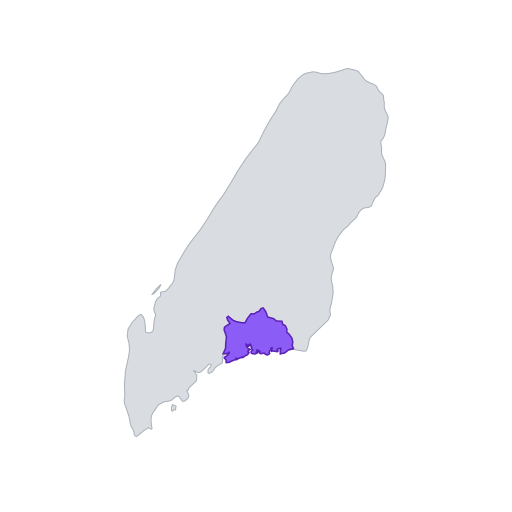 Madagascar, with Boeny highlighted, rotated 195°
{"feature_id": "MDG-5870", "entity_name": "Boeny", "entity_type": "Autonomous Province", "adm_level": 1, "iso_a3": "MDG", "parent_name": "Madagascar", "parent_adm1": "", "projection": "orthographic", "projection_center": [46.116, -16.217], "detail": "fine", "context": "in_parent", "style": "filled", "palette": "violet", "viewbox_px": 512, "rotation_deg": 195, "n_neighbors": 0, "source": "natural_earth", "source_scale": "10m", "svg_char_len": 6433}
<svg xmlns="http://www.w3.org/2000/svg" viewBox="0 0 512 512"><g transform="rotate(195 256 256)"><path d="M334.2,61.7L335.5,64.9L337.1,68.0L342.0,75.5L344.1,78.4L345.8,81.5L346.6,87.5L349.6,97.0L352.4,111.2L353.0,125.7L353.8,132.3L356.0,138.6L359.6,145.2L360.7,152.4L358.3,159.8L354.8,166.8L353.9,168.1L352.3,169.8L351.6,169.7L349.0,167.9L346.9,164.9L344.2,157.9L343.3,154.3L342.2,153.7L338.9,154.0L336.6,156.1L336.1,157.5L336.6,161.5L337.4,165.0L337.7,168.6L337.7,173.1L338.5,174.5L339.8,175.7L341.1,178.7L341.2,185.7L340.3,189.3L338.0,192.3L338.1,194.0L338.9,195.7L338.1,196.8L335.0,198.0L333.8,199.2L332.1,202.3L329.4,208.6L329.0,211.8L330.4,221.7L329.9,228.7L326.3,242.0L324.3,248.3L321.4,255.8L317.1,265.8L312.8,278.3L309.1,291.1L306.5,298.8L303.4,306.4L299.3,319.9L295.7,333.5L290.6,348.5L283.5,365.2L282.8,367.3L281.2,375.9L279.6,383.3L277.7,390.6L273.8,402.7L273.3,406.4L272.4,410.0L268.7,417.6L267.2,420.4L266.0,423.4L265.4,427.2L264.3,430.8L261.6,437.5L257.6,443.3L254.9,445.4L249.1,448.5L246.1,449.1L239.6,449.1L233.3,450.9L226.7,454.2L220.4,458.1L218.0,459.9L215.4,460.9L207.0,461.2L204.5,460.4L196.1,454.1L192.9,453.1L186.7,452.3L184.9,451.7L183.2,450.9L180.7,447.7L175.7,444.9L174.5,444.1L173.7,442.1L173.2,440.1L171.9,437.8L170.8,433.4L169.2,430.3L164.5,424.9L164.0,423.1L163.5,417.4L163.6,413.4L163.0,406.2L163.5,402.9L165.1,399.8L164.4,396.5L162.6,393.1L161.9,389.5L160.6,386.2L155.6,380.4L154.4,377.5L153.6,374.5L151.6,365.2L151.3,361.9L151.4,355.0L152.1,351.4L153.2,349.0L153.4,347.1L154.2,345.5L155.3,344.2L156.1,342.7L157.7,333.8L160.0,331.9L163.4,330.7L166.1,328.3L167.7,325.2L169.2,318.8L173.4,312.3L174.9,309.0L178.4,303.9L181.4,296.7L182.3,293.3L183.0,289.9L183.7,282.3L184.2,278.5L184.1,274.8L182.2,271.0L177.9,264.1L177.8,262.8L178.0,257.6L177.6,253.8L176.0,250.1L174.0,246.6L171.9,240.1L170.8,229.2L171.0,225.3L170.3,221.8L168.8,218.5L169.8,212.7L182.5,191.5L182.9,189.1L182.4,182.6L182.6,178.9L183.0,177.5L184.0,176.7L186.2,176.3L196.7,175.3L198.1,174.6L200.7,172.8L204.2,169.4L205.9,168.4L207.3,168.8L208.2,170.2L209.4,171.0L213.6,169.4L215.3,169.4L216.9,169.6L217.7,168.2L218.2,166.3L218.8,164.9L219.9,164.2L225.4,163.7L228.8,163.2L233.4,161.9L234.3,162.1L238.0,166.9L239.1,167.4L240.5,167.6L241.7,166.7L238.8,164.2L238.3,162.7L238.5,161.1L240.1,157.6L242.7,155.0L248.6,151.0L254.7,146.3L256.5,146.0L258.0,146.8L259.1,152.3L259.0,153.2L260.0,153.3L261.1,152.6L262.1,150.4L262.2,148.6L261.4,146.8L261.0,145.3L260.9,143.9L264.1,140.7L266.5,137.6L267.7,133.9L268.7,132.3L271.2,130.3L272.0,130.7L272.6,132.2L272.9,133.9L272.2,135.5L271.3,137.1L270.9,139.3L272.3,139.7L273.7,139.2L275.7,135.3L278.1,131.6L279.4,129.7L281.2,128.4L284.0,128.7L286.8,129.5L282.3,125.6L281.2,120.2L286.7,111.0L286.7,109.1L287.5,108.5L287.9,107.8L285.1,104.6L284.6,103.1L285.0,100.7L286.3,98.7L287.6,97.2L289.3,96.7L290.6,97.5L293.6,100.1L295.6,100.5L298.1,98.1L300.1,95.0L303.2,92.9L306.6,91.7L311.8,86.9L315.3,76.8L315.6,73.9L314.9,70.3L313.8,66.9L311.8,62.6L312.3,61.6L315.2,62.2L316.1,61.7L319.3,58.0L324.5,50.8L326.2,50.9L327.6,52.2L328.1,54.2L329.1,55.7L332.5,59.2L334.2,61.7ZM298.3,89.7L298.3,90.8L294.4,90.3L293.9,86.5L295.8,86.4L296.2,84.8L297.4,84.6L298.6,88.0L298.3,89.7ZM343.8,198.5L340.4,204.0L341.4,199.4L345.3,192.7L346.4,192.2L343.8,198.5Z" fill="#d9dde1" stroke="#a8b0b8" stroke-width="1"/><path d="M195.8,176.4L196.0,176.1L196.2,175.8L196.6,175.6L197.0,175.4L197.8,175.3L198.2,175.1L198.0,174.9L199.7,174.1L200.5,173.5L201.1,172.8L202.1,171.1L202.8,170.3L203.4,169.6L204.2,169.2L206.0,168.4L207.2,167.6L207.4,167.8L207.4,168.2L207.5,169.2L208.0,170.9L208.0,171.0L208.1,171.3L208.0,171.5L207.9,172.1L207.8,172.7L207.9,173.1L208.1,173.3L208.6,173.4L209.0,173.3L209.3,172.9L209.6,172.5L209.9,172.2L210.9,171.9L211.3,171.6L211.5,171.1L211.4,170.8L210.8,170.6L210.5,170.2L210.2,169.7L210.2,169.3L210.5,169.1L215.3,168.6L215.5,168.5L215.7,168.4L216.1,168.1L216.3,169.0L216.5,169.3L216.7,169.5L216.7,169.9L216.4,170.8L216.4,171.1L216.9,170.9L217.1,171.5L217.3,171.4L217.6,170.9L217.3,169.3L217.4,168.9L217.9,168.5L218.1,168.1L218.1,167.3L218.2,167.0L218.3,166.8L218.3,166.5L218.3,166.2L218.1,165.8L217.8,165.6L217.6,165.3L217.8,164.9L218.7,163.9L219.7,163.2L220.0,163.2L220.5,163.4L221.0,163.5L221.4,163.5L221.8,163.6L222.9,164.3L223.6,164.2L225.3,163.1L225.7,163.0L226.1,162.9L226.6,162.9L227.2,163.0L227.4,163.2L227.4,164.2L227.4,164.7L227.5,165.0L228.2,165.2L228.4,165.2L228.9,165.2L229.2,165.2L230.0,165.6L230.7,165.6L230.7,165.4L230.4,165.1L230.2,164.5L230.3,164.2L230.6,164.0L230.8,163.6L230.8,163.1L230.1,163.5L229.4,164.0L229.0,164.2L229.2,163.5L229.6,162.8L230.2,162.2L230.9,161.6L231.6,161.2L232.3,160.9L233.0,160.8L234.4,160.8L235.2,160.9L235.5,161.0L235.7,161.6L235.7,161.9L235.8,162.2L236.0,162.5L235.7,163.0L235.6,163.5L235.4,163.9L234.8,164.3L235.5,164.9L235.9,165.3L236.3,165.9L237.3,168.0L237.8,168.6L238.5,169.2L238.5,168.9L238.5,168.5L238.5,168.1L238.7,167.9L238.9,168.0L239.2,168.6L239.5,168.7L240.0,168.6L240.3,168.1L240.3,167.4L240.1,166.9L240.8,166.8L241.4,167.3L241.9,168.1L242.5,168.5L242.8,168.3L242.5,167.5L241.8,166.2L241.2,166.0L240.0,164.8L239.3,164.5L238.3,164.6L238.0,164.5L237.5,164.2L237.9,163.8L238.3,163.5L239.1,162.3L239.2,161.7L238.9,161.2L238.5,161.2L238.1,161.2L237.8,161.2L237.7,161.0L237.8,160.5L238.2,159.7L238.5,158.6L239.1,158.0L240.4,156.9L242.2,154.8L242.9,154.3L243.0,154.5L243.1,154.9L243.4,154.8L244.2,154.0L245.5,153.1L245.8,152.7L246.5,152.3L247.3,152.2L248.1,152.2L248.8,152.0L248.4,151.7L247.5,151.5L247.4,151.2L247.7,150.9L249.4,150.4L252.4,148.2L254.6,146.2L255.9,145.8L256.7,145.4L257.2,145.3L257.4,145.4L257.5,145.6L257.5,145.9L257.5,146.7L257.5,146.9L257.9,147.7L258.1,148.0L258.4,148.2L258.9,148.5L259.9,148.9L260.4,149.3L260.4,149.6L260.1,150.0L259.7,150.8L259.3,151.1L258.8,151.4L258.5,151.7L257.2,154.4L256.8,155.4L256.9,156.1L257.2,156.2L257.5,155.8L257.7,154.8L258.1,154.5L258.6,154.3L259.7,154.1L260.7,153.8L261.6,153.3L262.5,153.0L261.5,158.8L262.6,163.8L263.6,170.3L265.8,173.7L267.7,176.4L268.0,179.1L265.8,181.8L263.6,184.1L266.9,186.8L268.3,189.1L267.2,190.6L264.6,189.4L261.3,187.9L257.7,187.5L253.3,187.8L249.4,188.5L248.1,193.6L245.9,198.9L242.6,199.7L240.8,202.0L238.9,203.1L237.5,206.6L235.6,207.7L232.4,205.0L230.2,202.0L229.1,200.1L222.8,200.1L219.5,198.5L214.0,199.7L212.6,197.0L209.6,196.3L207.1,193.2L206.7,190.5L203.7,189.0L200.1,186.0L198.2,182.5L197.8,178.7L195.8,176.4Z" fill="#8b5cf6" stroke="#5b21b6" stroke-width="1.5"/></g></svg>